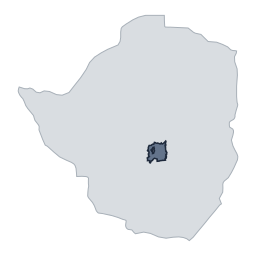 Shurugwi, Midlands, Zimbabwe shown in context
{"feature_id": "62879985B74735389049647", "entity_name": "Shurugwi", "entity_type": "district", "adm_level": 2, "iso_a3": "ZWE", "parent_name": "Zimbabwe", "parent_adm1": "Midlands", "projection": "natural_earth1", "projection_center": [30.229, -19.744], "detail": "fine", "context": "in_parent", "style": "filled", "palette": "slate", "viewbox_px": 256, "rotation_deg": 0, "n_neighbors": 0, "source": "geoboundaries", "source_scale": "gbopen_adm2", "svg_char_len": 5460}
<svg xmlns="http://www.w3.org/2000/svg" viewBox="0 0 256 256"><path d="M189.3,240.6L186.7,238.7L183.3,237.5L178.8,236.9L173.1,237.2L166.1,238.2L158.5,236.9L150.4,233.4L143.7,232.1L135.7,233.7L135.4,233.7L134.0,232.5L131.8,229.9L128.2,229.4L127.2,228.8L126.3,227.8L125.8,226.6L125.6,225.2L126.2,220.9L125.9,220.4L124.9,219.9L122.9,219.4L118.1,217.5L112.0,215.6L102.2,213.5L98.3,213.0L97.5,212.3L96.3,210.8L94.4,205.8L92.6,202.6L88.4,197.6L87.7,196.0L87.9,192.0L88.2,188.8L88.7,186.1L88.4,183.5L88.4,180.3L88.5,178.2L87.9,177.3L86.4,176.6L82.0,176.3L76.7,176.5L76.5,173.2L76.0,168.2L75.0,165.4L73.8,163.9L71.3,162.3L66.4,160.2L59.6,156.9L53.9,152.1L47.3,146.2L45.2,145.1L42.7,139.5L39.0,129.9L39.2,126.7L38.6,125.1L35.0,120.4L34.2,118.0L33.5,115.5L27.8,108.6L25.8,105.6L24.3,101.7L22.8,98.6L21.5,97.3L19.9,95.2L18.7,92.8L18.2,91.0L18.6,88.6L19.2,87.0L24.6,88.7L27.6,88.8L29.9,88.0L32.8,89.1L36.3,92.2L40.0,92.8L44.1,90.9L49.5,91.5L56.5,94.6L62.2,95.2L69.0,92.5L75.0,84.8L80.7,77.6L86.3,69.3L89.6,62.5L94.6,57.1L101.1,52.9L107.8,49.3L118.0,45.0L120.1,41.4L120.7,37.4L120.7,32.0L121.2,28.4L122.3,26.8L124.0,25.6L126.2,24.0L132.9,19.8L138.6,17.1L145.4,15.4L153.0,15.4L160.2,15.4L164.3,15.4L164.4,20.6L164.7,26.5L165.5,27.1L171.0,27.2L179.7,27.6L188.1,28.0L193.5,32.3L195.3,33.2L200.9,34.4L208.1,41.5L216.6,42.2L222.5,44.4L227.7,46.9L230.7,49.8L232.7,50.5L235.3,50.7L236.6,51.0L236.3,53.1L234.5,56.7L234.7,61.8L237.1,68.9L237.4,75.1L236.6,86.0L236.6,96.6L236.9,100.4L237.2,102.9L237.7,104.3L237.6,105.8L236.2,110.3L235.0,114.9L235.0,116.8L234.5,118.1L233.7,119.3L229.9,121.5L229.3,122.8L229.3,125.2L229.7,127.2L231.1,128.0L232.8,129.1L233.5,130.7L233.5,132.3L232.9,135.2L231.4,140.1L232.9,145.8L234.6,149.4L236.9,153.7L237.8,156.3L237.7,158.2L237.4,160.0L233.9,167.8L231.4,172.6L228.3,177.7L224.3,181.0L223.2,182.5L222.8,184.3L222.9,188.2L222.7,192.2L219.3,198.4L221.4,203.8L220.9,204.3L219.7,205.0L214.8,211.1L209.7,217.1L206.1,221.6L201.9,226.7L197.2,232.3L193.2,237.2L189.3,240.6Z" fill="#d9dde1" stroke="#a8b0b8" stroke-width="1"/><path d="M157.6,143.0L157.2,143.3L156.6,143.2L156.1,143.2L155.7,142.9L155.4,142.6L155.2,142.6L154.4,142.4L154.1,143.4L153.7,144.3L153.0,144.1L152.5,144.3L151.8,144.7L151.4,145.4L151.2,145.4L150.5,145.4L149.1,145.5L149.0,145.8L148.9,146.0L148.7,146.4L148.3,147.5L148.4,148.4L148.1,149.2L148.1,149.4L148.0,149.6L148.1,150.0L147.8,150.1L147.7,150.3L147.8,150.3L147.9,150.5L148.0,150.5L148.0,150.8L147.9,150.9L147.9,151.0L148.0,151.2L148.3,151.2L148.4,151.3L148.5,151.2L148.5,151.3L148.5,151.5L148.7,151.8L148.8,151.7L148.9,151.8L148.9,152.0L149.0,152.0L149.1,152.3L149.1,152.5L149.0,152.8L149.0,153.0L148.9,153.1L148.9,153.3L148.8,153.5L148.7,153.6L148.8,153.6L148.8,153.9L148.8,154.0L148.8,154.3L148.7,154.5L148.7,154.8L148.6,155.0L148.7,155.3L148.8,155.4L148.7,155.5L148.6,155.9L148.5,156.0L148.5,156.3L148.5,156.7L148.6,156.8L148.8,156.8L148.7,157.0L148.8,157.0L148.6,157.2L147.2,158.0L147.5,158.7L147.5,158.9L147.6,159.0L147.6,159.7L147.5,160.0L147.5,160.4L147.5,160.6L147.8,160.5L148.1,160.6L148.4,160.6L148.5,160.6L148.9,160.6L149.4,160.7L149.6,160.7L149.6,162.4L149.6,162.6L150.0,162.8L150.4,162.9L151.4,160.8L152.5,160.5L152.6,160.4L152.6,160.0L152.7,159.8L152.8,159.6L153.2,159.3L154.1,158.5L154.5,158.3L155.4,158.6L155.7,158.6L156.5,158.9L157.2,159.1L157.2,159.3L157.2,159.5L157.1,159.9L157.2,160.0L157.1,160.3L157.2,160.5L157.1,160.9L157.2,161.0L157.3,161.0L157.2,161.2L157.2,161.3L159.3,161.1L159.5,160.9L159.9,160.8L160.2,160.7L161.1,160.6L162.1,160.5L162.6,160.3L163.1,160.4L165.3,160.2L165.2,160.0L165.4,159.2L165.2,159.2L165.1,159.3L165.1,159.2L165.2,158.9L165.1,158.7L165.3,158.4L165.5,158.5L165.7,158.4L165.8,158.2L165.9,158.3L166.0,158.3L166.0,158.2L166.0,157.9L166.3,157.6L166.4,157.3L166.4,157.2L166.2,157.2L165.9,157.0L166.0,156.9L166.1,156.7L165.9,156.7L165.9,156.4L165.8,156.2L166.0,156.1L166.1,155.9L166.0,155.6L165.9,155.6L166.0,155.4L166.1,155.2L166.0,154.9L166.2,155.0L166.3,155.0L166.4,154.9L166.3,154.7L166.5,154.5L166.6,154.4L166.7,154.1L166.7,153.9L166.6,153.7L166.6,153.4L166.7,153.0L166.8,152.9L166.9,152.7L166.7,152.5L166.7,152.4L166.6,152.2L166.5,151.9L166.4,151.9L166.2,151.8L166.3,151.7L166.2,151.6L166.2,151.4L165.9,151.2L166.0,151.0L166.0,150.9L166.0,150.7L165.8,150.5L165.7,150.4L165.7,150.2L165.6,149.9L165.6,149.7L165.6,149.4L165.6,149.2L165.6,148.9L165.6,148.7L165.5,148.4L165.5,148.2L165.5,147.9L165.6,147.7L165.4,147.4L165.4,147.0L165.3,146.8L165.4,146.6L165.5,146.3L165.4,146.2L165.4,145.9L165.2,145.7L165.3,145.6L165.2,145.6L165.2,145.4L165.2,145.2L165.3,145.0L165.2,144.9L165.3,144.7L165.6,144.5L165.7,144.4L165.6,144.2L165.5,143.9L165.5,143.7L165.4,143.5L165.5,143.3L165.6,143.1L165.6,142.9L165.7,142.5L165.7,142.4L165.7,142.2L165.8,142.1L165.9,141.8L165.9,141.6L165.9,141.3L165.7,141.0L164.6,142.2L163.7,143.1L162.7,143.8L162.1,144.0L161.3,142.9L160.3,143.8L160.2,143.9L160.1,144.0L159.7,143.8L159.0,143.5L157.6,143.0ZM151.1,149.9L151.7,149.9L152.1,149.1L152.3,148.9L152.2,148.6L153.2,147.6L153.1,147.4L154.0,147.2L154.0,148.6L154.3,148.6L154.3,148.8L154.0,148.8L154.0,149.6L153.6,149.9L153.8,149.9L154.0,150.0L154.1,150.3L154.5,150.6L154.8,150.3L154.7,150.5L154.6,150.8L154.4,151.1L154.3,151.3L154.2,151.3L154.1,151.5L154.0,151.8L154.0,152.0L153.9,152.1L153.6,153.3L153.2,153.4L153.4,153.1L153.4,152.9L153.2,153.0L153.0,153.3L152.5,153.2L152.5,151.8L152.2,151.6L152.2,151.2L151.8,151.2L151.8,150.3L151.1,150.2L151.1,149.9Z" fill="#64748b" stroke="#1e293b" stroke-width="1.5"/></svg>